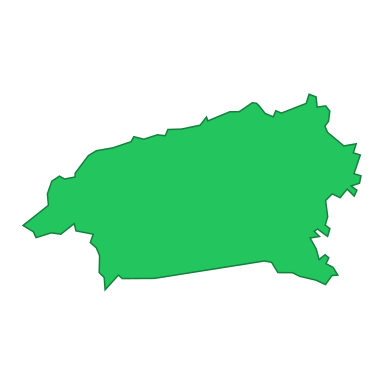 Washington, Texas, United States of America (Albers equal-area conic projection)
{"feature_id": "52423323B15750525116760", "entity_name": "Washington", "entity_type": "district", "adm_level": 2, "iso_a3": "USA", "parent_name": "United States of America", "parent_adm1": "Texas", "projection": "albers", "projection_center": [-96.362, 30.222], "detail": "fine", "context": "isolated", "style": "filled", "palette": "green", "viewbox_px": 384, "rotation_deg": 0, "n_neighbors": 0, "source": "geoboundaries", "source_scale": "gbopen_adm2", "svg_char_len": 1225}
<svg xmlns="http://www.w3.org/2000/svg" viewBox="0 0 384 384"><path d="M105.1,289.8L118.4,275.1L122.3,278.6L154.3,278.4L264.3,261.0L271.6,262.3L277.9,272.6L292.6,272.7L299.6,276.3L315.8,280.1L325.5,284.6L331.9,275.6L337.8,275.1L333.1,267.4L326.0,263.7L328.8,257.8L325.1,254.7L319.1,259.6L316.2,249.0L310.1,238.0L319.5,236.5L314.2,231.3L317.4,229.0L327.6,236.4L329.9,228.6L325.2,225.1L327.7,216.7L325.6,200.5L332.2,193.9L340.2,197.7L347.1,189.1L354.2,196.1L356.9,190.2L351.1,186.0L359.5,183.2L361.0,175.8L354.0,173.7L360.3,155.0L353.3,152.9L356.2,143.8L343.8,145.9L327.6,132.4L324.9,126.1L328.5,121.3L329.8,111.2L325.7,105.9L317.1,107.1L316.1,96.9L309.1,94.2L306.2,103.4L281.4,113.1L275.8,110.7L273.3,116.8L265.2,113.5L258.8,105.5L256.5,103.3L252.4,102.7L239.2,111.7L229.7,111.8L207.8,120.9L206.5,117.0L200.1,125.2L181.3,129.1L167.9,129.5L165.3,135.7L157.3,134.8L143.9,139.2L133.8,136.7L131.1,141.7L113.0,147.8L96.4,150.7L88.3,155.7L75.2,173.1L75.0,177.0L64.6,179.0L59.4,176.1L51.8,181.2L47.4,193.9L48.4,205.3L23.0,225.5L33.3,231.7L36.1,237.6L51.2,232.9L60.9,234.2L74.2,223.6L76.0,230.9L93.2,234.2L90.3,242.6L96.3,247.8L99.6,255.7L99.2,272.5L104.2,277.5L105.1,289.8Z" fill="#22c55e" stroke="#15803d" stroke-width="1.5"/></svg>